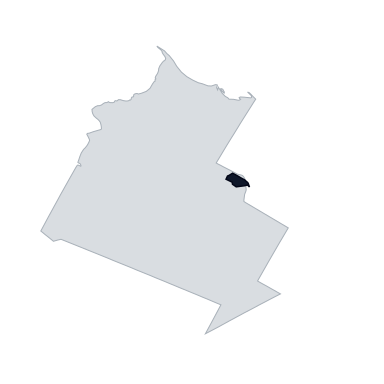 location of F'Derick, Tiris Zemmour, Mauritania, rotated 121°
{"feature_id": "47542326B14226246765401", "entity_name": "F'Derick", "entity_type": "district", "adm_level": 2, "iso_a3": "MRT", "parent_name": "Mauritania", "parent_adm1": "Tiris Zemmour", "projection": "albers", "projection_center": [-12.824, 22.739], "detail": "fine", "context": "in_parent", "style": "filled", "palette": "ink", "viewbox_px": 384, "rotation_deg": 121, "n_neighbors": 0, "source": "geoboundaries", "source_scale": "gbopen_adm2", "svg_char_len": 3579}
<svg xmlns="http://www.w3.org/2000/svg" viewBox="0 0 384 384"><g transform="rotate(121 192 192)"><path d="M169.2,319.0L168.8,318.9L166.7,317.4L165.6,315.7L164.0,314.4L161.7,313.5L160.1,312.5L159.5,311.4L158.6,310.6L157.7,310.3L157.6,309.8L157.8,309.3L157.6,308.3L156.3,306.0L155.0,304.9L153.9,305.1L153.3,304.8L153.0,304.3L152.8,303.6L152.1,302.9L150.8,302.7L149.8,301.0L149.0,297.8L148.0,295.4L146.8,293.7L145.9,293.0L145.3,292.9L145.1,292.6L144.9,292.1L143.9,291.9L142.6,292.4L141.4,292.3L140.8,291.4L140.0,291.3L138.9,292.0L137.8,291.8L136.5,290.7L135.8,289.6L135.7,288.5L133.5,286.3L129.3,283.0L124.7,281.4L119.8,281.5L117.0,281.3L116.4,280.8L115.8,280.8L115.1,281.4L114.5,281.5L113.8,281.2L113.4,281.5L113.2,282.3L111.4,282.7L108.1,282.6L105.4,283.1L103.3,284.1L100.4,284.5L96.6,284.2L94.4,283.8L93.6,283.2L92.5,283.0L91.1,283.3L89.9,284.9L88.7,287.8L87.7,289.5L87.0,289.9L86.2,292.0L85.7,295.7L85.0,297.3L85.2,288.2L86.3,284.8L86.8,281.8L89.2,275.3L92.1,269.9L94.7,262.8L95.8,255.8L95.7,249.0L95.1,242.9L93.9,238.9L92.8,233.0L91.1,229.9L87.9,227.2L87.2,225.6L87.9,225.0L89.9,224.7L91.3,222.6L88.6,223.4L91.8,217.0L92.9,212.7L92.8,209.8L93.4,208.1L91.2,204.2L89.4,199.3L88.5,198.5L87.5,198.1L87.4,199.2L86.9,200.2L85.7,199.6L83.8,196.0L81.1,190.2L80.2,189.6L79.3,190.4L78.8,191.1L77.7,195.9L77.4,194.0L77.9,191.8L78.7,189.0L79.6,185.2L82.0,185.3L86.4,185.4L95.1,185.6L99.5,185.7L108.2,185.9L112.6,185.9L121.3,186.0L125.7,186.1L134.4,186.2L138.8,186.2L147.5,186.2L151.8,186.2L154.7,186.2L154.6,183.5L154.4,181.4L154.3,178.5L154.1,175.6L153.9,172.7L153.7,170.0L153.6,167.3L153.4,164.8L153.3,162.5L153.0,161.2L152.1,158.6L151.9,157.2L152.2,155.9L152.8,154.6L154.5,152.2L157.0,150.4L160.0,148.3L162.2,146.7L163.3,146.3L166.8,145.7L169.6,144.5L172.3,143.3L173.4,142.6L173.5,140.4L173.2,91.0L186.3,90.9L189.7,90.9L213.7,90.5L217.1,90.4L234.5,90.0L234.5,87.7L234.4,84.3L234.2,79.8L234.1,75.2L233.9,67.1L233.8,63.7L237.3,65.9L244.3,70.2L247.8,72.3L254.8,76.6L261.9,80.8L268.9,85.1L272.5,87.2L276.0,89.3L279.6,91.4L283.1,93.5L290.3,97.7L293.3,99.4L297.9,102.2L302.2,104.8L306.6,107.5L300.1,107.8L291.4,108.2L285.5,108.5L279.5,108.8L273.8,109.1L274.5,113.7L275.2,118.7L275.9,123.8L276.7,128.8L277.4,133.9L279.7,149.0L280.5,154.1L281.2,159.1L282.0,164.2L282.7,169.2L284.3,179.3L285.0,184.4L285.8,189.4L286.6,194.5L287.4,199.5L288.1,204.6L289.7,214.7L290.5,219.7L291.3,224.7L292.0,229.8L292.8,234.8L293.6,239.9L294.4,244.9L295.2,249.9L296.8,260.0L297.6,265.0L298.4,270.0L299.2,275.0L300.0,279.9L302.4,282.4L305.6,285.4L304.9,290.0L304.2,295.5L303.3,301.5L295.1,301.9L287.0,302.3L266.8,303.1L262.8,303.3L242.6,303.9L238.5,304.0L230.7,304.2L228.4,304.1L227.6,303.7L227.2,300.6L226.5,300.8L225.7,301.8L225.3,302.8L225.5,304.0L225.4,305.1L222.8,305.6L219.3,306.4L215.6,307.0L211.9,306.9L210.6,306.7L209.2,306.3L206.2,305.9L204.6,305.9L202.8,306.0L200.6,306.3L199.9,306.9L198.3,309.2L196.7,311.9L195.7,311.9L194.5,310.4L191.2,307.7L187.3,304.1L185.5,302.4L184.6,302.1L182.7,303.4L181.2,304.7L179.5,306.5L178.7,308.2L178.2,310.1L177.9,312.5L177.3,315.2L176.0,317.4L174.4,319.1L173.2,319.9L172.7,320.3L169.2,319.0ZM90.0,218.6L88.8,220.6L88.2,219.8L88.1,218.5L89.2,216.7L89.7,215.7L90.7,215.4L90.0,218.6Z" fill="#d9dde1" stroke="#a8b0b8" stroke-width="1"/><path d="M155.0,166.9L158.7,168.8L160.0,169.8L163.5,169.4L162.9,162.6L164.5,161.3L164.6,159.5L164.8,156.8L164.1,155.9L159.6,150.2L157.4,148.0L158.1,145.3L156.6,147.2L155.7,148.2L155.2,149.2L154.8,151.6L154.5,153.1L154.7,157.5L154.7,160.6L154.8,164.1L154.9,166.0L155.0,166.9Z" fill="#0f172a" stroke="#020617" stroke-width="1.5"/></g></svg>